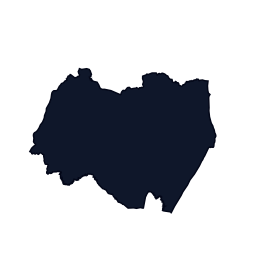 Nam Som, Udon Thani, Thailand, rotated 30°
{"feature_id": "78962969B77162965817779", "entity_name": "Nam Som", "entity_type": "district", "adm_level": 2, "iso_a3": "THA", "parent_name": "Thailand", "parent_adm1": "Udon Thani", "projection": "natural_earth1", "projection_center": [102.167, 17.759], "detail": "fine", "context": "isolated", "style": "filled", "palette": "ink", "viewbox_px": 256, "rotation_deg": 30, "n_neighbors": 0, "source": "geoboundaries", "source_scale": "gbopen_adm2", "svg_char_len": 5886}
<svg xmlns="http://www.w3.org/2000/svg" viewBox="0 0 256 256"><g transform="rotate(30 128 128)"><path d="M173.8,47.3L171.1,48.6L168.5,49.2L166.6,50.6L166.3,51.2L165.8,51.5L164.6,50.7L163.0,51.3L162.9,51.6L163.3,51.6L163.2,52.0L161.2,53.5L161.1,54.2L160.3,55.2L159.7,55.1L159.6,55.5L158.2,56.2L157.6,57.0L158.0,57.3L157.7,57.6L156.7,57.9L156.4,58.4L155.9,58.3L155.4,58.6L155.8,59.5L155.2,60.5L155.4,61.7L154.8,62.7L154.4,62.7L154.1,63.0L153.9,64.8L153.4,65.3L150.4,65.3L149.8,64.3L148.7,63.8L147.0,64.8L146.8,64.0L145.9,64.0L145.7,65.0L145.0,65.8L143.5,65.9L142.8,65.3L142.5,64.6L141.8,64.0L140.3,64.7L139.2,64.6L138.6,64.5L136.4,63.1L134.6,63.4L133.9,63.0L132.2,63.0L130.6,63.3L130.0,63.7L129.1,65.1L127.8,65.2L127.1,66.1L127.1,67.1L126.6,67.5L124.9,66.3L121.4,68.3L118.8,71.5L117.4,71.9L116.8,73.7L116.3,74.0L114.8,75.8L116.0,78.0L118.1,79.8L118.6,80.9L118.9,82.8L120.8,84.3L120.8,85.0L120.3,85.8L119.3,86.2L118.9,86.9L117.9,87.4L117.8,88.8L115.3,88.8L115.1,89.4L112.6,91.3L111.6,92.4L110.8,92.6L108.8,92.2L107.6,93.1L107.2,94.1L106.9,97.0L105.1,97.8L104.8,98.2L104.5,100.1L105.0,102.6L104.8,103.0L94.5,104.2L88.5,106.2L86.4,107.4L85.2,107.6L83.6,107.3L81.2,105.4L78.3,103.8L75.1,104.8L73.8,104.8L73.4,105.2L72.9,104.6L72.7,104.9L72.5,104.7L72.6,105.2L71.6,105.2L71.5,104.3L71.3,104.6L70.6,103.9L70.2,104.3L69.1,103.1L69.6,102.5L69.6,102.1L70.0,101.9L69.9,101.4L69.4,101.1L69.6,100.1L69.2,99.9L68.7,99.0L68.1,98.9L66.9,97.5L65.9,97.2L65.2,96.7L62.6,97.3L58.6,100.5L56.3,100.9L56.6,102.0L56.7,103.9L57.8,105.1L59.5,106.2L59.8,108.0L58.8,108.4L58.4,109.6L56.9,111.2L51.6,110.5L51.2,110.7L51.4,111.9L50.3,112.9L50.3,114.5L50.7,115.6L50.2,116.2L51.1,116.9L51.1,117.3L49.9,118.9L49.6,121.1L48.2,122.8L48.1,124.6L47.7,126.2L47.9,130.0L47.8,130.7L47.3,131.5L45.1,132.9L44.7,133.9L44.5,135.2L45.1,137.2L46.6,140.8L47.5,145.5L47.6,151.8L48.9,154.5L49.5,158.8L50.4,160.9L50.7,162.3L51.1,165.6L50.6,169.2L51.0,172.3L50.9,174.9L50.5,177.0L49.4,178.9L49.3,180.5L50.0,182.0L51.6,183.8L53.1,187.1L53.9,187.6L55.9,188.3L56.3,188.8L56.3,189.2L55.4,191.1L54.7,193.7L54.8,197.5L56.7,197.4L57.4,198.2L58.0,198.3L59.3,196.7L59.9,197.0L60.6,197.0L61.3,195.7L62.0,195.5L63.4,195.7L63.8,195.3L63.8,194.6L64.2,193.7L64.8,193.1L66.3,193.1L67.1,193.5L68.3,193.2L69.3,194.8L71.2,197.0L71.7,198.3L74.2,200.5L74.5,200.6L76.4,199.8L77.4,200.0L77.8,201.8L78.1,202.4L78.1,203.5L78.5,204.2L79.5,205.0L79.6,206.7L80.2,207.7L81.7,207.9L82.4,206.0L82.8,205.9L83.4,206.1L83.8,205.5L84.4,205.4L84.7,204.5L84.6,203.7L85.4,203.4L86.0,202.6L86.8,202.6L87.3,201.7L88.2,201.6L88.8,200.5L90.0,200.3L90.0,199.8L90.3,199.7L91.3,200.0L91.3,199.8L91.8,199.5L92.6,200.1L92.1,201.2L92.3,201.6L91.8,201.9L91.8,202.4L92.9,202.3L93.8,203.2L93.9,204.1L94.5,204.4L94.7,205.1L95.5,205.2L95.8,204.8L96.0,205.2L96.2,205.3L96.2,205.0L96.5,205.5L96.2,205.8L97.3,206.2L97.4,206.6L97.8,206.5L98.1,206.7L98.3,206.4L98.6,206.5L98.8,206.7L98.6,206.8L98.7,207.0L99.1,206.7L99.3,207.2L99.0,208.0L100.0,208.7L100.6,208.3L100.8,208.7L101.5,208.4L101.6,207.9L102.2,208.1L102.5,207.5L103.2,207.7L104.3,207.0L104.5,207.3L105.3,206.8L105.3,206.4L105.7,206.5L105.9,205.4L106.3,205.0L105.9,204.9L105.9,204.6L106.6,204.3L106.6,203.8L107.4,203.6L107.3,203.1L106.8,202.9L107.4,202.3L107.0,202.0L107.6,201.3L106.9,200.6L107.0,199.8L106.8,199.5L107.6,199.1L108.0,199.4L108.6,198.9L109.2,199.1L109.6,198.4L109.9,198.6L110.6,198.2L110.4,197.8L110.9,197.4L110.5,197.2L110.1,196.3L110.5,196.4L110.6,195.6L111.1,195.6L111.0,195.1L111.1,195.4L111.6,195.3L111.5,195.1L112.1,194.4L112.0,193.7L112.3,193.0L112.7,192.9L112.8,192.4L112.4,192.4L112.5,192.0L112.9,191.7L113.4,191.7L114.0,190.2L114.3,190.6L114.6,190.1L115.2,190.2L115.0,189.5L115.5,189.7L115.5,189.4L115.9,189.2L116.3,189.2L116.4,188.0L116.1,188.1L116.1,187.6L117.5,187.3L118.3,186.7L119.7,186.4L120.7,185.9L121.6,186.1L122.1,187.0L122.4,187.0L122.4,187.8L124.0,187.4L123.8,187.9L124.5,188.4L124.7,188.9L125.4,189.1L125.7,188.8L126.1,189.0L126.3,188.8L127.2,189.4L127.4,188.9L128.2,190.1L129.6,191.1L130.2,191.0L131.1,191.7L136.4,193.1L137.6,192.8L140.2,192.7L143.2,194.3L144.1,194.4L147.0,193.6L147.1,193.3L147.8,193.2L149.6,194.4L151.2,195.0L151.8,194.9L151.7,195.2L152.3,195.7L152.5,195.4L153.0,195.5L152.9,195.1L153.2,195.0L156.6,197.0L158.4,196.5L159.4,196.5L159.5,196.2L161.6,196.7L162.1,196.3L163.2,196.4L168.1,197.3L172.8,194.3L175.5,193.3L178.5,190.7L180.7,190.0L181.3,189.6L177.6,179.1L177.3,175.4L177.6,172.4L178.7,172.4L179.7,171.7L182.3,172.3L182.7,171.9L182.8,172.7L183.7,172.9L184.1,173.3L184.7,172.9L185.0,173.5L185.5,173.5L186.2,174.6L186.8,174.3L187.4,175.1L187.9,174.5L188.2,174.7L188.6,173.4L188.4,173.2L188.7,173.1L188.5,172.9L188.8,172.8L188.8,172.3L189.1,172.1L188.9,171.6L189.6,171.0L190.0,171.2L190.6,170.7L191.0,170.9L190.9,171.4L191.7,171.2L191.7,171.7L191.4,171.8L192.2,172.5L192.4,173.0L192.2,173.3L192.7,173.4L192.7,173.6L193.3,173.4L193.6,173.8L193.9,173.6L194.5,174.0L194.5,174.5L194.9,174.2L194.9,174.6L195.1,174.5L195.3,174.7L195.4,174.3L195.5,174.7L195.8,174.6L196.3,175.8L196.8,176.0L196.8,176.5L197.2,176.3L197.2,176.7L197.5,176.2L197.7,176.8L197.3,176.9L197.8,177.0L197.7,177.3L197.9,177.4L197.8,177.7L198.9,177.3L198.5,177.8L198.5,178.5L198.8,178.3L198.7,178.6L198.3,178.8L198.0,178.4L197.9,178.7L198.2,179.7L198.6,179.4L198.5,180.2L199.0,180.2L198.7,180.7L199.0,181.7L199.4,181.6L199.2,182.0L199.5,182.1L200.6,181.8L207.7,179.0L207.8,180.5L207.4,172.5L207.7,159.9L207.4,156.0L208.0,147.7L207.6,141.9L208.5,134.7L208.7,125.1L208.3,119.8L208.5,118.1L208.2,116.0L208.3,113.8L207.6,105.0L208.1,103.8L209.2,103.5L209.4,102.9L210.4,102.7L211.5,101.9L211.4,100.9L210.1,98.1L210.1,96.9L209.5,95.4L208.3,93.7L208.2,91.4L207.9,90.8L206.9,89.7L205.4,88.7L203.6,86.6L201.6,85.1L200.5,83.9L198.1,82.5L197.1,81.7L193.0,77.6L189.4,72.7L188.0,69.9L182.7,61.4L182.2,59.9L182.2,58.0L180.1,57.6L178.1,55.3L175.7,51.7L173.8,47.3Z" fill="#0f172a" stroke="#020617" stroke-width="1.5"/></g></svg>